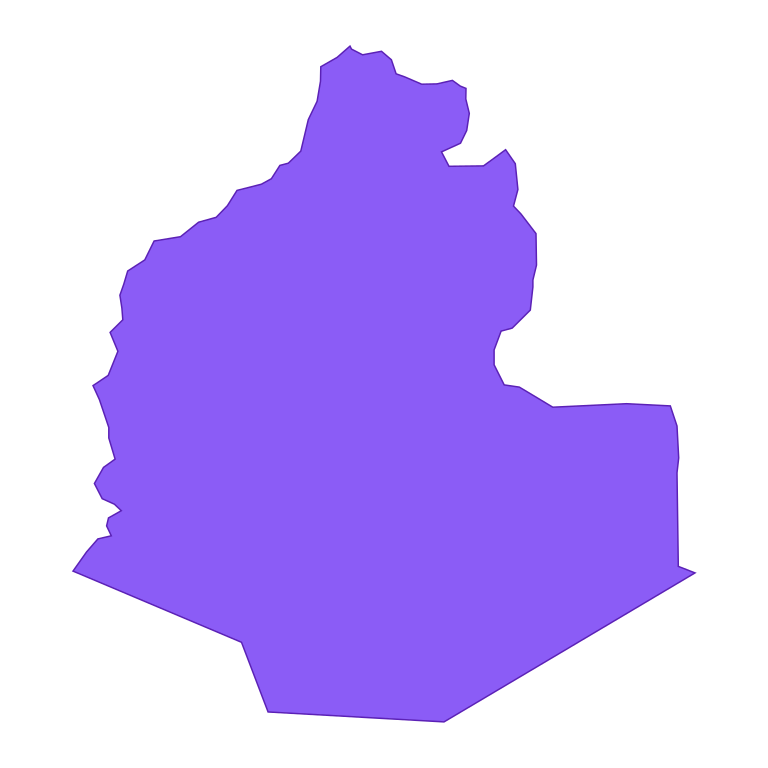 Prastio Kellakiou, Limassol, Cyprus (Robinson projection)
{"feature_id": "46923920B33838275162727", "entity_name": "Prastio Kellakiou", "entity_type": "district", "adm_level": 2, "iso_a3": "CYP", "parent_name": "Cyprus", "parent_adm1": "Limassol", "projection": "robinson", "projection_center": [33.132, 34.803], "detail": "fine", "context": "isolated", "style": "filled", "palette": "violet", "viewbox_px": 768, "rotation_deg": 0, "n_neighbors": 0, "source": "geoboundaries", "source_scale": "gbopen_adm2", "svg_char_len": 1189}
<svg xmlns="http://www.w3.org/2000/svg" viewBox="0 0 768 768"><path d="M350.0,46.1L337.1,57.4L320.8,66.7L320.5,81.2L317.1,101.3L308.3,119.6L300.8,151.1L288.3,163.2L279.9,165.4L271.4,178.7L261.4,184.2L237.0,190.4L227.4,205.7L216.2,217.3L198.6,222.2L180.5,236.7L154.1,241.0L144.8,259.9L127.7,271.0L123.8,284.1L119.9,295.2L121.9,308.2L122.8,319.8L110.1,332.4L117.9,351.3L108.2,375.4L93.0,385.6L99.4,399.6L108.8,427.5L108.8,438.0L115.1,459.1L103.5,467.4L94.4,483.5L102.2,498.7L114.4,504.2L121.3,510.7L108.5,517.9L106.6,525.9L111.3,535.8L97.9,538.9L86.6,551.9L73.0,571.1L241.5,642.3L268.1,712.0L268.7,712.0L444.0,721.9L448.9,719.0L695.0,572.9L678.3,566.4L677.0,472.8L678.7,457.9L677.0,426.0L670.3,405.9L626.6,403.7L552.8,407.2L519.3,387.1L504.2,384.9L494.1,364.8L494.1,349.9L501.1,331.1L512.2,328.1L530.3,310.1L532.9,287.0L532.9,280.0L536.5,265.1L536.0,233.6L521.0,214.0L513.5,206.1L517.9,189.5L515.3,163.7L505.6,149.7L483.5,165.9L449.0,166.3L441.5,151.9L460.5,143.2L466.7,130.5L469.3,113.4L465.8,99.0L466.0,88.4L460.3,86.1L452.4,80.4L436.9,83.9L421.7,84.2L405.0,77.0L396.1,73.8L391.4,59.8L381.5,51.3L362.6,54.8L351.5,49.1L350.0,46.1Z" fill="#8b5cf6" stroke="#5b21b6" stroke-width="1.5"/></svg>